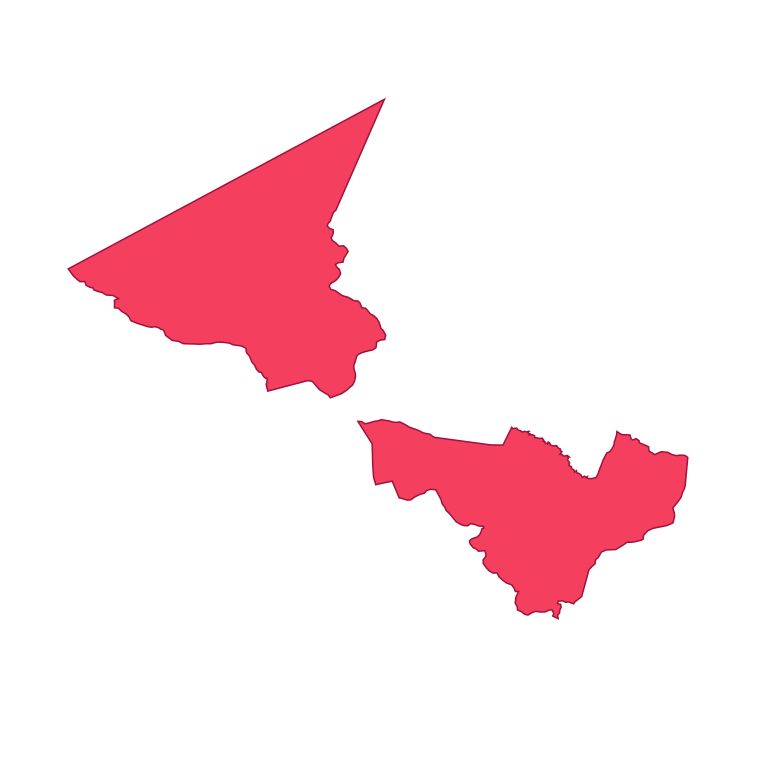 Wabag District, Enga, Papua New Guinea (orthographic projection), rotated 344°
{"feature_id": "67681753B54237044330512", "entity_name": "Wabag District", "entity_type": "district", "adm_level": 2, "iso_a3": "PNG", "parent_name": "Papua New Guinea", "parent_adm1": "Enga", "projection": "orthographic", "projection_center": [143.621, -5.349], "detail": "fine", "context": "isolated", "style": "filled", "palette": "rose", "viewbox_px": 768, "rotation_deg": 344, "n_neighbors": 0, "source": "geoboundaries", "source_scale": "gbopen_adm2", "svg_char_len": 4876}
<svg xmlns="http://www.w3.org/2000/svg" viewBox="0 0 768 768"><g transform="rotate(344 384 384)"><path d="M112.2,186.3L115.4,194.9L118.5,199.8L120.0,201.8L124.6,203.1L124.9,207.1L128.4,210.3L130.5,211.2L131.1,213.7L135.0,216.5L138.3,218.4L141.6,221.9L148.0,224.3L152.3,228.7L147.9,229.2L147.1,232.4L145.9,236.5L149.4,237.8L151.8,241.8L155.4,245.7L157.4,249.2L158.2,253.5L163.4,257.5L168.0,260.6L172.8,263.8L176.2,265.4L179.4,265.7L182.9,267.8L184.2,269.5L187.0,271.4L187.5,277.1L189.9,280.3L192.4,283.7L198.1,286.3L202.4,290.0L208.4,291.9L213.2,293.4L217.9,295.0L224.4,296.3L228.3,297.5L235.6,297.8L241.3,299.8L247.2,302.3L249.2,304.4L257.7,308.3L261.3,311.8L260.5,314.5L260.6,316.3L261.7,318.4L262.3,320.1L262.9,323.8L263.0,325.9L263.8,328.3L264.9,330.1L265.1,333.0L265.6,334.9L267.1,338.0L269.4,339.1L269.7,341.4L270.6,344.2L271.8,346.0L273.3,346.2L271.7,350.5L270.6,351.9L270.6,353.8L270.4,356.0L270.3,358.8L311.5,359.7L315.9,361.7L317.7,365.8L320.5,371.8L324.6,376.3L327.4,379.2L328.6,382.5L333.3,382.1L335.8,381.9L339.2,381.7L341.5,381.3L345.8,379.9L349.6,378.1L353.6,376.3L356.4,373.2L358.9,368.6L359.3,366.0L359.3,361.6L359.9,358.2L362.2,355.0L364.2,351.8L366.1,349.0L370.1,347.9L374.2,347.7L378.7,347.9L382.8,348.1L386.3,346.9L388.6,341.5L392.7,340.8L397.0,341.5L399.1,337.5L397.8,331.8L396.4,329.8L396.4,326.6L396.3,323.3L395.1,318.9L393.0,315.6L390.0,312.6L388.9,309.6L387.2,306.1L383.7,304.6L383.3,299.6L381.8,296.9L378.4,295.9L376.4,293.8L373.3,290.6L369.7,288.5L367.5,286.7L365.4,284.0L362.6,280.6L359.0,278.4L358.2,274.7L360.6,272.7L364.9,271.6L367.1,270.7L370.2,268.6L372.7,266.1L372.7,261.4L370.9,258.9L370.2,255.8L373.1,254.9L378.2,255.5L380.1,252.1L386.0,246.7L385.3,243.3L383.3,240.0L378.8,239.2L376.5,235.0L373.8,231.7L373.5,228.6L375.2,227.3L377.0,224.6L377.6,221.4L374.7,219.8L373.0,216.2L374.7,214.2L377.5,212.4L379.0,209.9L380.9,207.5L382.8,205.0L385.6,203.7L462.9,110.4L112.2,186.3ZM348.6,412.7L356.1,438.2L351.1,457.8L348.3,470.6L348.3,478.5L365.1,479.6L367.2,497.7L369.4,498.8L374.3,502.0L378.0,502.8L381.5,501.3L385.2,500.5L389.0,500.0L392.8,500.1L395.5,498.2L399.5,498.0L404.6,499.9L405.7,504.8L406.9,510.5L406.9,515.3L408.3,518.8L409.0,522.9L411.2,526.7L413.1,530.9L414.2,533.6L415.5,536.4L418.8,539.9L421.8,542.1L425.4,543.4L428.8,542.1L433.0,544.3L435.6,546.4L440.5,548.4L440.2,550.0L438.3,550.1L436.4,553.0L434.0,555.6L431.0,556.8L426.0,557.0L423.0,558.2L422.7,561.4L424.6,565.9L427.4,568.3L428.6,570.7L434.9,572.0L435.1,575.7L434.1,578.1L430.8,580.4L429.9,583.8L431.8,589.1L433.6,592.6L436.7,595.8L440.6,596.8L441.5,601.4L444.2,605.6L447.1,609.2L451.3,612.2L452.7,615.9L453.1,619.7L456.1,620.5L452.0,625.4L450.9,628.0L449.7,630.7L450.7,634.8L450.0,638.0L453.6,641.0L455.7,644.1L458.7,645.8L463.7,644.5L466.9,644.3L471.3,646.2L476.1,647.5L480.9,646.8L483.3,647.6L484.0,651.5L482.2,653.5L486.7,657.6L487.3,654.0L489.7,652.5L490.5,650.1L492.7,647.4L493.1,644.5L490.4,643.1L491.4,640.8L495.8,641.6L498.6,644.0L501.1,644.2L505.7,647.6L507.3,646.2L515.5,642.7L529.9,618.9L534.0,616.6L537.2,615.1L539.1,611.1L541.7,610.1L543.7,608.4L546.5,605.5L552.0,604.8L561.0,607.0L568.0,605.1L570.3,604.5L573.9,603.1L577.9,604.2L581.6,604.8L584.4,604.9L587.6,605.1L590.3,604.6L591.8,601.0L597.0,597.8L602.9,596.9L616.7,598.0L623.5,597.2L626.8,591.5L627.5,588.3L627.5,582.7L633.4,578.7L638.4,574.8L641.0,570.6L643.7,567.6L645.4,565.0L655.8,538.3L655.6,538.1L653.6,535.6L649.6,534.1L645.2,533.4L641.2,531.1L637.9,527.9L631.8,525.5L624.5,526.5L623.4,524.7L620.2,521.6L621.1,517.3L617.2,514.0L613.1,510.7L613.6,509.0L611.4,506.0L607.4,506.4L606.4,504.9L606.4,500.8L602.2,499.4L598.4,498.1L594.8,493.9L593.5,497.1L591.4,500.4L589.4,503.1L588.6,505.5L585.1,509.3L582.2,511.3L579.1,511.7L576.4,514.6L573.4,517.8L570.2,522.2L568.1,524.8L564.8,529.6L561.7,532.7L559.9,532.2L558.2,532.3L555.7,531.7L554.2,531.0L553.1,530.2L554.0,529.0L551.8,529.2L551.3,527.9L548.9,528.4L548.2,525.6L546.5,523.4L545.1,522.9L545.0,520.3L543.0,521.3L542.8,518.6L540.9,517.1L541.4,515.1L539.4,513.6L540.7,510.5L539.5,507.8L540.7,506.1L540.5,504.8L541.9,505.2L540.5,503.2L537.2,503.0L535.7,500.8L533.6,500.1L535.3,499.0L536.4,498.1L535.3,496.7L535.7,495.2L533.8,493.5L532.9,490.8L529.3,490.1L527.1,488.2L527.1,486.6L525.9,485.0L524.8,486.9L524.3,485.8L522.6,485.7L522.9,484.0L521.2,482.9L522.2,482.2L521.8,481.2L521.0,479.5L518.9,479.4L516.3,478.0L514.2,477.1L514.5,475.2L512.4,473.5L509.7,473.0L510.5,472.1L509.0,471.6L509.0,470.3L510.5,469.8L510.1,469.3L507.8,469.3L506.1,468.2L503.9,468.5L502.1,466.3L500.2,465.3L499.3,462.9L497.3,462.6L495.4,462.4L494.9,460.8L481.5,475.5L469.6,471.9L417.4,449.0L414.3,444.9L408.2,441.8L404.8,438.5L402.3,436.6L399.4,434.6L396.1,432.1L392.9,428.6L388.8,424.8L385.6,424.4L382.1,423.1L379.1,421.1L373.6,418.5L371.5,417.5L368.1,417.8L364.1,417.2L358.5,417.3L354.7,417.0L352.1,413.9L348.6,412.7Z" fill="#f43f5e" stroke="#9f1239" stroke-width="1.5"/></g></svg>